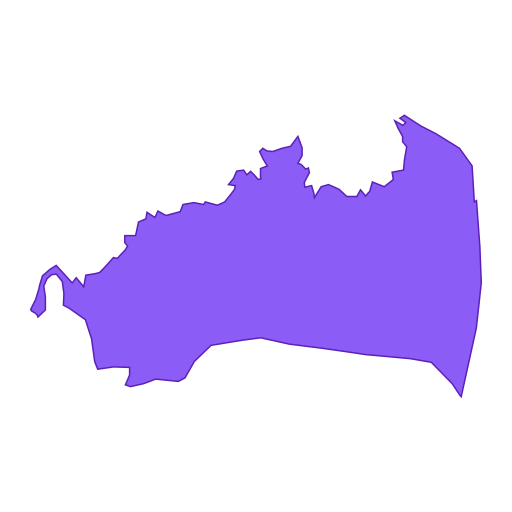 Garr-Bain, Nimba, Liberia
{"feature_id": "62588387B82144239475407", "entity_name": "Garr-Bain", "entity_type": "district", "adm_level": 2, "iso_a3": "LBR", "parent_name": "Liberia", "parent_adm1": "Nimba", "projection": "robinson", "projection_center": [-8.959, 7.219], "detail": "fine", "context": "isolated", "style": "filled", "palette": "violet", "viewbox_px": 512, "rotation_deg": 0, "n_neighbors": 0, "source": "geoboundaries", "source_scale": "gbopen_adm2", "svg_char_len": 2383}
<svg xmlns="http://www.w3.org/2000/svg" viewBox="0 0 512 512"><path d="M461.2,396.7L476.3,328.2L478.5,308.5L481.3,282.6L481.0,275.9L480.2,255.0L479.9,247.4L479.6,243.0L476.5,200.6L474.3,201.9L474.2,200.5L473.3,185.3L472.1,165.9L459.5,148.3L447.7,141.0L436.2,133.9L420.7,125.9L404.4,115.3L399.9,118.3L405.8,122.5L402.9,125.4L394.8,120.8L398.1,128.3L402.6,136.5L402.6,141.7L406.7,146.8L404.5,159.4L403.5,170.1L392.1,172.2L393.3,179.5L384.3,186.7L372.4,182.0L369.7,191.4L367.2,194.1L365.6,196.0L360.5,189.8L356.9,196.5L351.8,196.5L346.8,196.5L339.1,189.3L334.6,187.3L328.5,184.6L321.2,186.7L314.4,197.6L314.1,195.0L313.9,193.4L311.6,185.6L304.8,187.2L304.3,182.5L309.4,172.7L309.2,171.9L308.4,168.0L305.7,169.1L301.1,164.4L297.9,163.4L302.1,155.6L302.1,147.8L297.9,136.4L290.6,146.3L281.9,148.3L272.8,151.5L266.9,150.9L262.8,148.3L259.6,151.5L263.2,159.2L267.3,166.0L260.5,168.5L260.5,176.8L260.9,178.9L260.4,179.0L258.2,179.4L257.0,178.1L254.1,174.8L250.6,171.4L246.8,174.8L243.6,170.1L236.7,171.1L233.5,178.4L228.5,184.6L235.3,185.6L234.4,189.6L230.4,194.8L224.7,201.9L219.7,204.2L217.3,205.2L206.3,202.2L205.3,201.9L203.6,204.5L198.9,203.6L193.9,202.6L192.7,202.8L190.0,203.3L187.5,203.7L183.0,204.5L180.2,211.7L179.7,211.8L165.9,215.5L157.9,211.0L155.0,217.5L147.0,212.3L145.9,218.8L138.5,222.0L135.6,235.6L130.2,235.6L124.8,235.6L124.8,242.7L127.6,246.0L125.3,249.9L120.4,255.0L117.4,258.3L113.4,257.6L105.9,266.0L101.4,270.7L99.6,272.5L94.5,273.8L85.9,275.1L83.7,286.8L76.2,277.7L72.2,282.9L56.2,265.4L50.0,269.3L42.5,275.8L39.5,285.7L39.5,285.8L38.9,288.8L36.5,296.7L35.7,299.4L31.1,308.6L30.7,309.4L31.6,311.0L35.7,313.4L35.9,313.6L36.7,314.6L38.0,316.1L37.5,317.5L45.4,309.9L45.4,299.7L45.4,297.2L43.8,286.0L46.9,278.9L51.7,274.6L56.4,274.2L62.3,281.6L63.9,293.6L63.8,296.5L63.4,305.2L69.0,308.1L85.4,319.7L86.6,323.4L89.8,333.4L91.6,338.9L92.6,346.3L94.7,361.6L97.7,369.2L106.6,367.9L113.6,366.9L129.6,367.4L129.6,371.4L129.6,375.0L125.4,384.9L130.6,386.6L143.4,383.7L146.7,382.5L155.7,379.1L178.3,381.4L185.0,377.9L187.4,373.6L192.5,364.7L194.2,361.6L211.1,345.3L222.3,343.5L224.7,343.1L242.9,340.1L255.4,338.5L260.9,337.8L264.8,338.7L289.6,344.2L296.5,345.0L297.8,345.2L322.5,348.3L346.3,351.7L366.6,354.7L373.6,355.3L408.7,358.5L411.2,358.8L422.7,360.8L431.3,362.3L450.2,381.6L452.3,383.8L460.0,395.4L461.2,396.7Z" fill="#8b5cf6" stroke="#5b21b6" stroke-width="1.5"/></svg>